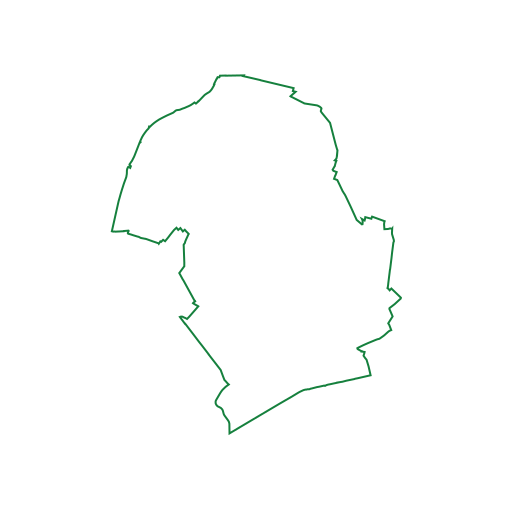 Bernheze, Noord-Brabant, Netherlands, rotated 307°
{"feature_id": "6326949B36275678342581", "entity_name": "Bernheze", "entity_type": "district", "adm_level": 2, "iso_a3": "NLD", "parent_name": "Netherlands", "parent_adm1": "Noord-Brabant", "projection": "albers", "projection_center": [5.507, 51.684], "detail": "fine", "context": "isolated", "style": "outline", "palette": "green", "viewbox_px": 512, "rotation_deg": 307, "n_neighbors": 0, "source": "geoboundaries", "source_scale": "gbopen_adm2", "svg_char_len": 5825}
<svg xmlns="http://www.w3.org/2000/svg" viewBox="0 0 512 512"><g transform="rotate(307 256 256)"><path d="M159.3,240.3L155.5,253.9L153.2,262.0L152.0,266.6L149.0,277.4L148.9,277.4L143.7,296.4L140.1,302.0L138.0,305.4L137.8,306.8L137.5,308.3L137.2,309.7L137.0,311.6L134.4,310.8L133.7,310.6L132.3,310.3L130.8,310.1L129.6,309.9L128.7,309.8L127.0,309.8L125.3,309.9L124.3,310.0L117.4,310.8L116.8,310.9L116.3,311.0L115.7,311.2L115.4,311.4L114.8,311.8L114.3,312.3L113.9,312.6L113.7,313.0L113.5,313.4L113.2,314.0L113.1,314.6L112.9,315.4L112.9,316.0L113.0,316.5L113.1,317.0L113.3,318.1L113.5,319.3L113.4,320.0L113.3,320.6L113.2,321.2L113.0,321.7L112.7,322.3L112.3,322.9L110.7,324.9L110.4,325.3L110.0,326.0L109.6,327.0L107.9,332.6L107.5,333.6L107.4,333.9L106.9,334.6L106.0,335.7L98.4,341.6L109.7,346.2L152.2,363.7L158.6,366.4L164.7,369.0L172.7,372.2L174.2,372.9L177.4,374.6L179.1,375.9L179.6,376.6L180.4,377.2L181.0,377.9L181.8,378.9L182.8,379.4L183.7,380.2L188.0,383.6L189.6,385.1L193.6,388.5L193.6,388.8L193.7,389.1L194.0,389.4L194.1,389.5L194.7,389.7L195.1,389.8L196.7,391.0L198.0,392.2L201.6,395.3L201.8,395.5L203.2,396.7L204.7,398.0L204.7,397.9L207.6,400.7L210.9,403.3L216.9,408.6L217.6,409.0L219.6,410.8L220.2,411.3L229.7,419.3L235.6,412.3L239.7,406.7L240.3,404.2L241.1,401.9L243.6,401.0L244.7,400.5L244.1,399.3L243.2,397.8L243.6,397.6L243.5,397.4L243.4,397.1L242.9,393.7L242.9,393.1L243.0,392.8L243.4,392.4L244.7,393.0L249.4,395.4L253.9,397.9L261.2,402.2L262.6,403.1L263.9,404.2L264.8,404.6L268.9,405.9L270.0,406.2L274.7,407.1L275.8,407.4L276.2,407.5L277.2,408.0L278.2,408.6L278.7,407.8L280.9,404.3L281.2,403.8L281.6,402.7L281.7,402.4L281.8,402.3L281.8,402.2L282.1,402.1L289.7,401.5L289.9,401.5L290.0,401.4L292.4,397.2L293.9,394.5L294.2,394.3L294.4,394.1L294.6,394.0L294.8,394.0L301.0,395.7L309.1,397.2L309.9,396.8L311.5,383.7L309.0,383.4L309.6,381.2L309.4,380.9L309.5,380.3L309.9,380.3L312.8,378.7L313.4,378.3L325.9,371.1L326.1,371.1L336.0,365.4L340.7,362.6L349.3,357.7L349.5,357.6L350.7,357.3L351.0,357.1L351.2,356.9L351.9,356.2L352.7,355.1L353.2,354.4L354.8,352.2L355.4,351.4L355.7,351.2L356.4,350.6L359.8,348.3L359.7,348.3L359.1,347.2L358.8,346.6L358.6,346.4L358.3,346.2L358.2,346.0L357.6,345.7L357.2,345.3L356.7,344.8L354.7,342.4L358.5,339.1L359.4,338.6L359.9,338.3L360.5,338.0L361.2,337.8L357.3,325.0L356.5,325.2L355.2,325.7L352.8,319.9L350.7,321.0L350.6,320.9L349.7,321.3L349.3,318.3L348.9,319.1L348.7,319.6L348.2,319.9L347.3,320.8L345.5,321.9L345.3,321.7L345.0,321.5L345.4,314.7L352.7,301.3L353.9,299.0L357.5,292.1L357.8,291.5L358.6,289.8L358.9,288.8L359.7,286.8L359.9,286.2L363.4,279.5L365.6,275.2L364.6,271.9L367.7,270.9L368.2,270.9L370.2,270.3L371.6,269.9L371.1,268.3L370.6,266.5L370.9,265.7L371.0,265.3L374.8,264.8L375.0,264.9L376.6,264.2L378.6,263.4L380.4,262.9L379.8,261.4L382.2,261.6L384.6,260.5L387.3,258.8L387.2,258.8L389.2,257.6L392.9,252.6L406.9,235.0L410.0,222.3L410.5,220.8L410.8,220.5L412.4,219.8L412.9,219.7L413.2,219.5L413.3,219.4L413.4,219.1L413.4,218.9L413.5,218.8L413.6,217.0L413.2,214.7L412.9,213.9L407.2,203.3L407.1,203.1L406.9,202.7L406.9,202.1L406.6,200.7L406.4,199.5L404.5,188.9L404.3,187.8L404.3,187.4L408.2,188.2L408.4,188.3L411.0,188.8L409.9,186.2L412.7,185.0L399.2,154.1L399.2,153.8L391.9,137.4L392.8,137.4L381.8,123.3L381.9,123.2L378.3,118.7L376.8,119.2L376.5,119.1L375.7,117.7L375.2,117.8L374.1,117.9L374.0,118.1L373.3,118.0L370.2,118.6L368.9,118.8L367.9,119.1L368.0,119.5L365.7,120.0L364.7,120.0L363.9,120.2L362.6,120.3L361.2,120.3L359.3,120.1L358.9,120.0L356.2,118.9L355.0,118.5L353.8,118.1L352.3,117.9L346.4,117.2L344.9,116.8L344.9,117.0L342.9,116.6L341.6,116.3L341.6,114.5L340.9,114.3L339.6,113.9L337.1,113.0L336.1,112.5L334.9,111.9L333.9,111.3L331.2,109.8L329.9,108.9L329.3,108.5L327.4,107.4L326.8,107.0L326.4,106.6L325.9,106.1L325.3,105.5L325.0,105.1L324.5,104.8L324.1,104.5L323.6,104.3L323.1,104.2L321.8,103.9L320.9,103.7L320.4,103.5L314.8,100.4L311.4,98.7L309.1,97.6L306.7,96.5L304.2,95.6L303.0,95.2L301.7,94.8L300.6,94.5L297.9,93.9L295.3,93.5L295.3,93.3L295.2,93.3L295.0,92.7L294.3,93.0L294.4,93.8L294.3,93.6L294.1,93.5L292.7,93.4L291.4,93.2L290.0,93.1L288.7,93.1L287.5,93.1L284.9,93.2L282.2,93.5L280.9,93.8L278.9,94.2L277.5,94.6L277.4,95.0L277.4,95.3L277.1,95.3L277.0,95.1L276.6,94.8L268.4,97.1L263.4,98.5L261.8,98.9L259.5,99.3L257.2,99.7L255.7,99.7L254.1,99.8L253.4,99.8L252.9,99.9L252.6,100.1L252.5,100.5L252.6,100.9L252.4,101.9L252.4,102.0L250.7,102.5L250.7,102.3L250.4,100.8L250.3,100.4L250.1,100.3L249.7,100.4L249.1,100.5L248.4,100.6L247.8,100.9L247.2,101.1L246.7,101.4L246.1,101.8L244.6,102.9L243.5,103.6L242.3,104.2L241.2,104.8L240.0,105.2L235.0,106.7L233.8,107.1L230.1,108.4L228.9,108.8L224.0,110.6L220.2,112.1L217.3,113.2L215.5,114.0L189.0,126.0L189.5,127.2L190.5,128.4L190.7,128.9L196.2,135.5L196.4,135.4L199.5,138.9L199.4,139.2L197.4,139.7L197.2,139.8L197.0,140.0L196.9,140.3L196.9,140.6L198.0,143.4L198.2,144.0L198.7,145.5L200.3,149.9L200.7,150.7L200.9,151.9L201.0,152.8L201.4,153.8L202.2,155.4L202.8,156.7L203.0,156.9L203.3,157.7L203.5,158.1L204.0,159.7L205.7,165.2L205.8,165.4L207.4,170.3L207.5,170.5L207.3,171.0L210.1,170.8L210.2,171.7L213.0,172.1L213.1,174.5L218.0,174.7L221.1,174.7L221.3,174.7L227.5,174.9L230.7,175.5L230.0,178.2L232.8,178.8L231.6,182.8L234.1,183.3L233.9,184.5L233.7,185.0L233.3,188.0L233.1,189.0L232.5,189.0L230.0,189.6L227.2,190.2L224.9,190.8L224.0,191.2L223.7,191.3L223.4,191.4L222.7,191.4L222.0,191.4L221.7,191.4L221.2,191.6L220.8,192.0L207.6,202.7L204.9,204.7L204.7,204.9L204.4,204.9L196.2,205.0L193.3,211.4L192.8,212.8L183.6,233.2L183.3,234.2L183.4,234.3L183.2,234.7L182.7,234.5L181.1,234.1L180.4,234.1L180.4,234.3L180.4,234.6L180.7,237.2L181.1,239.8L181.1,240.2L167.3,239.2L164.2,238.8L163.9,236.3L163.8,236.6L163.3,233.9L163.1,233.4L162.2,232.3L161.5,231.9L159.1,240.2L159.3,240.3Z" fill="none" stroke="#15803d" stroke-width="2"/></g></svg>